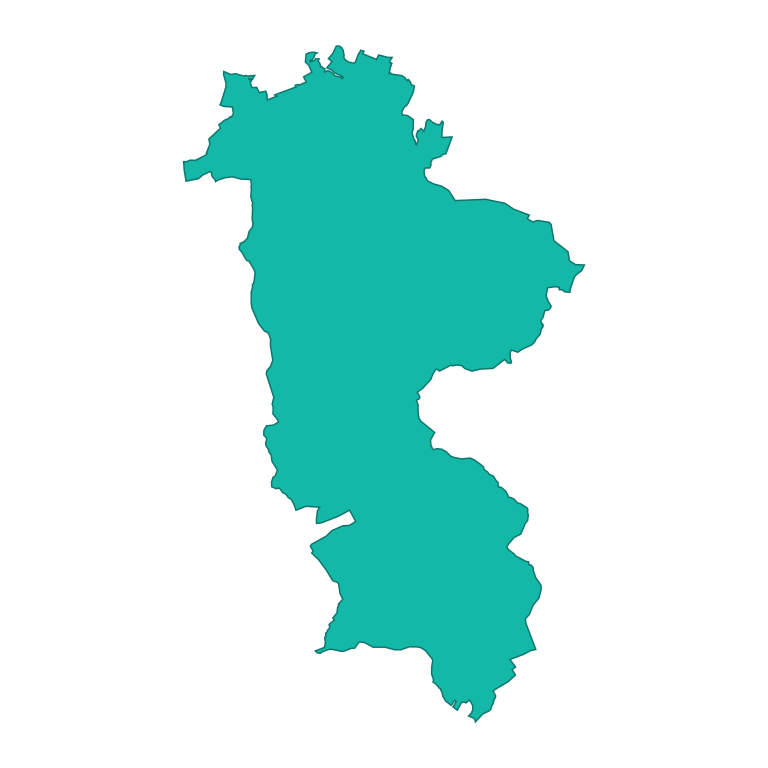 Lechinta, Bistrita-Nasaud, Romania
{"feature_id": "2599482B84958268498590", "entity_name": "Lechinta", "entity_type": "district", "adm_level": 2, "iso_a3": "ROU", "parent_name": "Romania", "parent_adm1": "Bistrita-Nasaud", "projection": "mercator", "projection_center": [24.317, 47.004], "detail": "fine", "context": "isolated", "style": "filled", "palette": "teal", "viewbox_px": 768, "rotation_deg": 0, "n_neighbors": 0, "source": "geoboundaries", "source_scale": "gbopen_adm2", "svg_char_len": 6028}
<svg xmlns="http://www.w3.org/2000/svg" viewBox="0 0 768 768"><path d="M535.8,649.5L526.0,623.6L525.3,618.9L529.3,614.5L533.1,605.2L538.9,598.2L541.1,589.5L541.0,585.2L535.7,577.6L533.2,570.2L533.3,567.8L531.0,565.0L529.1,564.9L528.4,561.7L526.2,561.5L515.9,556.1L514.1,553.9L508.7,549.8L506.8,547.2L508.2,544.3L514.2,537.4L520.7,534.1L524.6,525.4L524.7,524.0L527.6,520.6L528.3,515.0L527.4,511.4L527.9,510.7L527.6,508.9L526.9,507.7L520.5,503.7L517.8,503.1L514.0,499.1L510.9,497.5L508.9,497.4L505.8,491.3L501.4,487.5L498.2,486.7L498.1,482.6L496.0,480.4L493.4,476.2L489.0,474.2L487.8,472.2L484.4,469.8L483.3,466.9L482.2,465.7L474.4,459.9L470.4,458.1L461.2,458.9L453.5,457.3L450.4,455.9L446.2,451.7L441.6,449.2L437.2,448.7L433.5,449.5L432.5,448.7L430.9,445.1L430.5,440.0L434.7,432.5L421.4,421.7L419.7,419.5L418.8,417.6L417.9,410.3L418.2,405.5L416.4,400.4L419.5,398.6L419.7,396.3L417.3,392.3L422.5,388.5L430.8,379.5L432.5,374.8L435.7,369.4L437.4,369.4L439.4,371.1L450.9,365.2L452.6,365.8L456.7,365.0L461.6,365.6L465.0,368.6L472.0,371.1L480.5,369.1L493.0,368.4L504.7,359.4L507.9,363.0L510.8,363.2L511.5,362.2L510.2,357.7L510.1,352.8L511.3,350.0L517.9,352.2L522.2,349.2L531.6,344.9L534.4,342.3L536.2,338.9L540.1,334.3L541.4,328.7L542.7,327.3L543.3,325.1L541.8,324.7L542.3,323.4L541.3,323.1L540.9,320.4L543.0,317.4L544.8,310.7L548.6,310.0L550.6,307.9L551.1,306.1L548.1,301.0L546.1,295.6L547.7,287.7L555.4,286.7L559.3,287.3L559.1,289.6L562.2,289.8L565.0,291.9L569.8,292.3L570.6,287.9L574.4,277.0L576.6,274.4L581.6,270.8L584.4,265.0L575.5,264.6L569.5,260.8L568.0,251.7L553.9,240.7L551.1,224.5L549.4,222.4L538.0,220.4L532.8,221.9L527.3,218.7L529.3,215.1L513.5,209.1L504.9,203.3L485.6,199.3L455.2,200.6L448.7,190.5L441.5,186.1L433.8,184.0L427.8,181.0L424.5,175.6L424.0,171.0L425.1,168.0L429.7,168.0L431.0,165.1L430.7,162.9L432.5,159.0L440.7,156.5L443.2,154.2L445.9,153.8L452.1,136.9L441.9,137.5L442.0,130.8L443.3,122.2L442.1,121.2L439.8,124.7L437.0,124.5L432.7,122.5L429.6,119.6L427.4,119.9L426.1,122.0L425.5,126.7L423.9,131.3L421.1,128.5L418.3,131.3L417.8,130.9L416.3,135.2L416.4,136.5L418.1,139.5L418.0,141.1L416.5,144.7L415.6,144.4L415.4,141.3L413.8,138.8L412.0,132.5L413.1,129.6L413.3,119.6L407.6,115.6L402.4,114.9L401.7,111.9L404.8,106.2L406.1,106.1L408.2,103.1L413.3,92.2L414.4,86.0L410.9,84.5L410.8,82.7L408.6,79.6L408.0,79.5L408.0,80.6L406.5,80.1L404.9,77.6L401.7,75.6L392.1,74.2L390.0,72.7L389.2,73.3L390.5,66.6L391.5,65.4L390.6,63.6L391.7,63.1L389.4,61.9L392.1,57.4L387.9,57.4L378.7,55.0L376.5,59.4L362.7,53.8L364.0,51.2L360.7,50.2L359.3,53.2L358.8,53.2L355.0,62.8L352.6,63.1L347.8,61.7L344.7,59.1L343.7,56.9L344.1,55.4L343.2,50.5L342.1,48.1L339.5,46.1L336.3,46.1L332.7,53.6L328.4,58.7L332.0,61.5L326.8,67.8L331.4,69.7L334.6,72.9L342.2,76.3L343.2,77.3L342.1,78.7L341.5,77.5L334.5,75.7L334.0,74.5L330.0,71.3L327.4,70.6L324.6,72.1L324.8,68.6L322.9,67.9L321.6,66.5L320.8,66.9L320.1,66.2L320.4,65.2L319.7,63.0L318.2,61.4L319.1,58.9L315.9,58.7L314.5,60.4L310.2,61.9L310.1,60.6L311.7,60.0L313.9,57.7L315.1,53.8L317.0,53.0L314.1,52.2L309.4,52.6L306.1,54.1L305.4,62.0L308.8,65.3L311.8,72.3L303.6,76.9L306.3,82.1L298.6,85.2L298.2,84.5L295.2,85.3L296.1,86.9L274.7,94.9L277.0,96.1L267.2,100.0L267.0,94.6L265.8,91.2L259.2,92.5L256.6,87.3L252.5,87.7L251.6,86.6L250.3,82.6L251.5,80.9L248.7,79.1L248.8,78.5L252.4,79.4L254.7,75.5L247.3,76.1L245.9,75.4L244.1,76.1L235.4,73.7L230.8,74.5L223.8,71.5L223.6,74.7L226.1,83.4L225.8,87.4L221.3,102.0L220.0,104.9L223.7,106.4L232.4,107.0L233.4,113.8L231.3,117.1L230.1,116.8L228.6,118.5L224.4,120.3L218.9,124.7L220.5,128.2L208.9,139.0L209.9,144.1L206.4,153.2L207.0,153.6L205.7,155.1L195.6,160.3L189.7,160.2L187.4,161.5L183.6,161.7L184.3,170.7L186.1,181.2L198.4,178.7L203.2,174.7L210.1,171.6L211.6,172.2L211.3,173.1L212.2,176.7L214.7,179.2L215.6,181.6L217.5,180.2L225.3,177.7L232.5,176.8L241.0,179.1L250.5,179.5L251.5,184.3L251.0,186.4L251.4,189.6L250.8,196.7L252.7,203.6L252.2,204.9L252.6,208.1L252.2,219.0L253.0,224.0L252.3,227.2L249.1,231.5L247.5,238.1L244.0,241.7L240.1,243.5L240.4,244.5L239.0,247.0L239.4,249.5L241.8,252.1L245.6,258.9L247.2,260.7L249.0,261.0L254.1,269.7L255.1,272.7L254.2,280.8L253.3,283.6L252.5,284.4L252.5,287.5L251.2,292.4L251.2,302.5L251.8,307.7L258.5,323.4L264.2,330.8L268.5,333.2L270.6,339.3L270.4,345.5L272.8,360.3L270.5,366.4L266.8,370.8L266.3,374.0L273.8,397.3L272.2,404.0L273.2,407.5L272.9,413.9L276.7,418.4L278.6,422.0L273.3,425.1L266.5,425.8L263.9,430.3L263.8,435.3L266.2,437.4L266.7,439.6L265.6,443.0L266.2,446.3L268.0,448.6L269.1,452.3L271.2,455.1L272.0,461.3L277.4,470.2L275.1,476.2L273.0,477.3L271.5,482.3L271.7,486.7L276.1,488.7L279.4,488.1L282.8,492.8L286.0,494.2L288.4,497.7L291.4,499.5L294.0,504.5L296.0,510.2L306.0,506.3L319.7,507.2L317.5,510.6L316.4,519.5L316.5,523.4L321.6,522.8L332.1,518.7L339.9,515.5L349.5,510.1L355.7,521.4L349.5,525.4L342.8,525.8L332.1,530.5L326.3,536.1L311.8,544.1L310.7,545.5L310.5,546.7L313.2,550.9L311.7,553.1L318.4,559.4L326.2,570.0L332.7,580.6L337.1,582.3L338.6,583.6L340.0,593.6L342.8,599.1L338.4,604.2L339.1,604.6L337.6,607.3L337.0,612.8L332.8,618.1L334.4,619.9L329.1,624.4L329.8,627.8L327.4,630.4L327.5,631.6L325.6,633.3L325.8,635.9L324.6,637.6L325.4,641.8L324.6,647.4L315.3,650.9L317.1,652.7L320.0,653.4L322.7,651.6L328.9,649.4L332.0,649.3L341.2,651.3L344.0,651.1L351.3,648.3L354.7,648.2L358.6,642.7L359.9,642.0L364.5,642.5L373.0,647.2L385.1,647.2L394.8,649.8L400.8,649.8L409.4,646.8L417.3,646.9L420.9,647.7L425.4,650.5L432.3,659.0L432.7,660.9L431.7,667.2L431.6,673.9L433.5,679.9L433.0,682.1L436.0,684.1L439.4,688.3L440.8,688.8L440.7,689.8L442.1,692.6L442.8,696.0L445.6,701.0L451.2,705.4L454.7,700.2L456.2,701.4L453.0,706.9L457.3,710.2L461.5,702.6L463.5,701.8L465.9,702.9L469.5,700.0L472.7,705.5L472.8,709.4L471.5,713.0L468.6,716.0L473.8,718.2L474.9,719.6L475.4,721.9L482.7,714.0L489.1,710.9L490.8,709.3L492.0,705.3L493.1,703.7L493.8,700.5L495.5,697.1L495.6,695.8L493.0,690.7L508.1,681.7L515.5,675.0L512.1,669.6L515.6,667.0L509.9,659.5L523.9,654.2L530.7,650.6L535.8,649.5Z" fill="#14b8a6" stroke="#0f766e" stroke-width="1.5"/></svg>